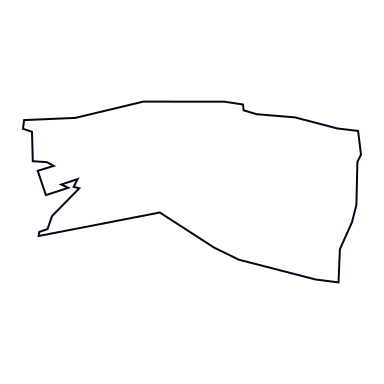 outline of South West Inner City Lea-5, Dublin, Ireland
{"feature_id": "5873133B41660382449043", "entity_name": "South West Inner City Lea-5", "entity_type": "district", "adm_level": 2, "iso_a3": "IRL", "parent_name": "Ireland", "parent_adm1": "Dublin", "projection": "albers", "projection_center": [-6.305, 53.339], "detail": "fine", "context": "isolated", "style": "outline", "palette": "ink", "viewbox_px": 384, "rotation_deg": 0, "n_neighbors": 0, "source": "geoboundaries", "source_scale": "gbopen_adm2", "svg_char_len": 565}
<svg xmlns="http://www.w3.org/2000/svg" viewBox="0 0 384 384"><path d="M123.8,219.5L159.8,212.5L214.1,247.6L238.8,259.7L315.6,279.5L338.5,282.4L339.9,249.2L351.9,222.5L356.4,204.9L357.4,161.9L361.0,154.6L358.1,130.9L337.5,128.5L295.1,117.4L256.6,114.2L243.6,110.3L243.0,104.5L224.6,101.7L143.4,101.6L75.3,117.9L24.1,120.1L23.0,128.8L32.0,131.8L32.8,161.2L47.0,162.2L53.7,165.9L37.7,170.8L45.9,195.1L68.3,187.8L61.3,184.5L77.6,179.1L73.7,186.8L79.3,188.3L52.0,216.1L47.5,229.1L39.3,231.9L38.6,236.0L123.8,219.5Z" fill="none" stroke="#020617" stroke-width="2"/></svg>